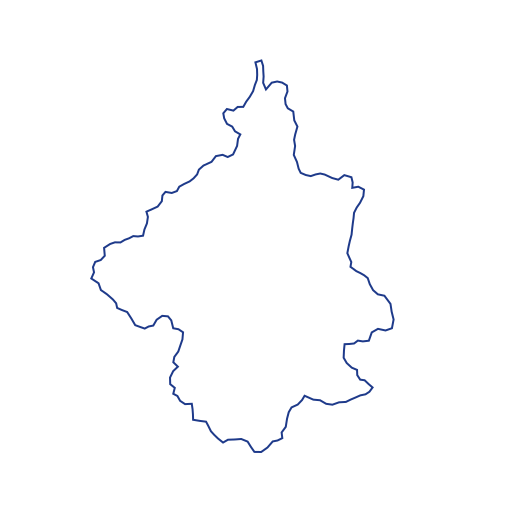 the district of Paula Cândido, Minas Gerais, Brazil, rotated 198°
{"feature_id": "56859067B72410336703321", "entity_name": "Paula Cândido", "entity_type": "district", "adm_level": 2, "iso_a3": "BRA", "parent_name": "Brazil", "parent_adm1": "Minas Gerais", "projection": "orthographic", "projection_center": [-42.983, -20.87], "detail": "fine", "context": "isolated", "style": "outline", "palette": "blue", "viewbox_px": 512, "rotation_deg": 198, "n_neighbors": 0, "source": "geoboundaries", "source_scale": "gbopen_adm2", "svg_char_len": 2755}
<svg xmlns="http://www.w3.org/2000/svg" viewBox="0 0 512 512"><g transform="rotate(198 256 256)"><path d="M405.7,183.7L397.3,181.4L393.0,175.7L385.8,173.5L378.6,170.4L374.4,167.8L372.0,163.7L367.1,163.2L361.2,162.9L355.2,158.0L349.5,152.9L344.0,152.7L339.4,152.6L336.3,155.8L332.2,158.1L330.8,164.7L326.7,170.1L321.1,171.4L316.7,168.6L312.4,161.7L307.1,162.4L301.8,160.9L300.2,154.0L300.3,148.5L300.4,141.1L302.5,134.8L301.8,129.4L296.1,126.6L299.2,120.9L300.2,113.8L298.0,107.6L292.5,105.5L292.1,99.4L287.5,98.6L283.4,94.8L277.7,93.2L271.4,95.6L269.0,90.7L267.0,85.8L265.2,80.8L258.6,81.8L252.3,83.0L248.9,79.7L244.7,75.4L240.5,73.0L235.8,70.7L229.7,68.4L225.9,72.6L219.6,74.9L213.5,77.4L206.6,76.9L202.0,73.0L197.0,69.2L190.5,71.2L185.9,77.4L182.8,84.8L178.5,87.2L174.7,90.9L177.1,96.1L174.9,102.7L176.2,110.9L176.6,117.6L175.4,123.0L170.4,127.6L167.7,133.2L166.6,138.1L161.8,137.6L157.1,137.1L150.5,138.6L143.6,137.1L137.4,138.2L131.8,142.5L125.4,145.0L121.6,148.7L117.7,152.1L113.7,155.7L109.1,158.3L106.2,161.9L104.5,167.0L109.1,168.9L114.3,171.4L118.7,170.6L122.9,174.0L124.7,178.9L130.4,179.4L136.6,182.2L141.2,186.3L143.1,193.2L144.5,199.5L140.2,201.1L135.7,203.1L133.0,207.0L128.0,207.8L122.5,210.3L122.3,219.1L117.5,224.4L109.8,225.2L104.4,229.3L105.5,238.1L109.8,245.0L113.3,252.0L121.6,257.9L128.3,257.2L134.1,259.7L139.1,264.4L142.9,269.5L147.2,271.1L151.5,272.0L155.9,272.6L162.8,274.9L163.5,279.7L166.6,283.1L170.0,286.9L170.9,294.0L171.4,299.4L171.7,305.8L173.1,312.3L174.1,317.4L174.9,322.0L176.1,327.4L175.2,333.2L173.5,338.8L172.4,346.1L173.8,352.5L180.1,353.5L185.5,350.6L186.8,355.8L189.6,360.4L197.0,360.2L201.3,354.0L207.6,353.7L215.9,354.7L220.4,354.3L224.5,352.0L228.6,348.9L233.7,348.4L239.2,348.9L242.4,352.2L246.1,358.1L251.3,363.8L252.8,372.7L255.7,378.3L256.3,383.9L256.6,391.9L261.5,396.8L265.2,404.9L271.4,406.3L274.8,409.6L277.2,415.0L276.9,422.2L279.3,427.7L284.8,429.0L289.8,428.5L294.6,425.7L298.0,417.5L302.7,422.9L304.2,429.0L306.1,433.8L308.0,439.0L311.3,443.6L316.4,440.0L312.8,434.1L310.8,428.5L309.6,423.7L309.9,418.3L309.7,411.9L311.1,405.5L313.0,399.8L314.2,393.9L319.5,392.1L322.4,387.3L329.1,386.8L331.2,381.6L328.8,377.1L324.4,372.7L318.6,371.7L314.5,368.1L308.5,366.8L309.3,361.9L308.0,354.8L309.2,345.5L313.5,341.4L319.0,341.9L325.0,338.6L327.4,331.8L333.9,325.8L337.0,320.5L337.2,315.4L339.4,310.5L342.2,306.4L346.6,302.3L350.4,298.2L351.3,293.3L355.6,289.9L361.9,289.0L363.7,284.7L362.5,279.0L364.8,272.6L369.0,268.7L373.9,264.3L370.9,259.8L369.8,253.3L370.3,246.7L369.7,240.4L374.3,238.1L378.9,237.0L382.2,233.6L385.8,230.8L389.1,227.0L394.4,225.4L398.4,222.4L403.0,216.8L399.9,209.5L402.4,204.2L407.1,200.7L407.6,195.0L405.0,190.4L405.7,183.7Z" fill="none" stroke="#1e3a8a" stroke-width="2"/></g></svg>